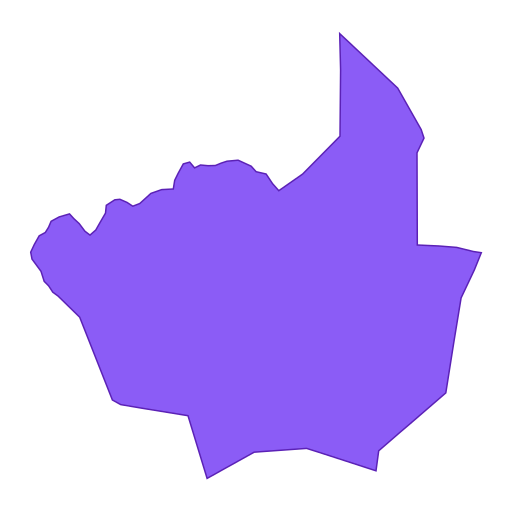 outline of Santo Antônio, Rio Grande do Norte, Brazil
{"feature_id": "56859067B19314553813620", "entity_name": "Santo Antônio", "entity_type": "district", "adm_level": 2, "iso_a3": "BRA", "parent_name": "Brazil", "parent_adm1": "Rio Grande do Norte", "projection": "equal_earth", "projection_center": [-35.537, -6.324], "detail": "fine", "context": "isolated", "style": "filled", "palette": "violet", "viewbox_px": 512, "rotation_deg": 0, "n_neighbors": 0, "source": "geoboundaries", "source_scale": "gbopen_adm2", "svg_char_len": 1056}
<svg xmlns="http://www.w3.org/2000/svg" viewBox="0 0 512 512"><path d="M397.7,88.1L339.7,33.6L340.6,70.0L340.0,136.2L302.7,174.0L278.8,190.7L272.5,183.6L266.1,174.0L256.1,171.7L251.2,166.2L238.1,160.2L227.0,161.2L221.2,163.1L215.4,165.5L208.1,165.7L200.5,165.0L194.6,167.9L189.7,162.1L183.3,163.9L178.2,173.2L174.7,180.3L173.3,189.0L161.7,189.6L150.9,193.4L139.8,203.5L132.8,206.2L127.0,202.4L119.9,199.3L114.8,199.8L106.3,205.3L105.5,213.1L100.1,222.4L95.8,230.0L90.0,235.1L84.9,231.2L79.2,223.6L73.9,218.7L69.5,213.9L59.2,216.9L51.1,221.3L48.6,227.2L45.3,232.5L39.2,235.8L34.3,244.5L30.7,252.2L32.0,259.1L41.0,271.3L44.2,281.4L48.6,285.8L52.8,292.2L58.0,296.0L79.7,317.2L112.4,400.0L120.7,404.6L142.5,408.3L188.0,415.7L207.1,478.4L225.9,467.9L254.1,452.2L259.2,451.8L306.6,448.4L318.6,452.2L376.0,470.8L378.7,450.8L399.8,432.5L412.0,422.1L445.8,392.9L453.9,341.8L461.1,297.9L474.4,269.8L481.3,252.7L473.3,251.5L456.7,247.4L439.2,246.0L417.3,245.0L417.0,152.8L424.0,138.1L421.2,129.6L397.7,88.1Z" fill="#8b5cf6" stroke="#5b21b6" stroke-width="1.5"/></svg>